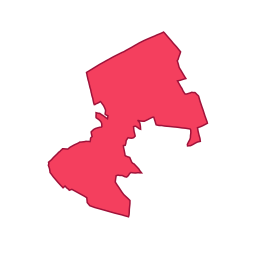 outline of Al-Nasiriya, Dhi-Qar, Iraq, rotated 141°
{"feature_id": "34846034B33180945258667", "entity_name": "Al-Nasiriya", "entity_type": "district", "adm_level": 2, "iso_a3": "IRQ", "parent_name": "Iraq", "parent_adm1": "Dhi-Qar", "projection": "equal_earth", "projection_center": [46.263, 31.12], "detail": "fine", "context": "isolated", "style": "filled", "palette": "rose", "viewbox_px": 256, "rotation_deg": 141, "n_neighbors": 0, "source": "geoboundaries", "source_scale": "gbopen_adm2", "svg_char_len": 4082}
<svg xmlns="http://www.w3.org/2000/svg" viewBox="0 0 256 256"><g transform="rotate(141 128 128)"><path d="M216.1,122.4L213.5,122.5L213.2,119.3L212.8,118.2L212.8,116.6L210.2,115.6L204.8,102.4L203.9,99.8L206.6,95.7L206.6,91.7L203.9,87.2L199.4,80.9L191.8,70.1L187.1,63.9L186.4,62.8L184.7,60.4L183.5,58.7L181.9,59.8L179.8,62.0L178.1,64.0L176.0,66.1L174.2,67.9L172.1,70.4L172.4,73.4L172.9,76.7L173.2,79.0L173.1,81.8L172.8,84.9L172.5,87.7L172.3,90.7L171.9,94.0L170.2,95.7L168.7,97.1L167.2,98.4L165.4,97.7L164.4,96.4L162.4,94.8L161.1,92.1L159.9,90.7L157.7,90.8L155.5,91.6L153.8,91.6L152.4,90.1L150.6,88.4L148.4,87.0L146.8,85.5L145.7,84.6L145.7,87.4L145.4,89.2L145.5,91.4L145.6,92.6L145.7,93.7L145.9,96.3L146.6,97.8L146.6,99.2L146.0,101.2L145.2,104.0L146.1,105.5L146.5,105.9L147.0,107.2L147.5,107.7L147.6,108.4L146.7,109.9L145.7,111.8L144.8,113.5L143.8,115.5L142.6,117.3L141.1,116.3L139.4,117.4L137.3,119.4L135.5,120.0L134.0,120.4L133.0,119.1L131.5,117.7L129.7,116.9L127.5,117.2L126.6,119.0L125.5,121.4L124.5,123.1L122.8,125.6L121.5,125.0L120.9,124.6L120.2,122.3L119.7,120.2L119.0,119.1L117.3,121.5L115.7,124.3L115.5,126.3L115.7,128.0L114.1,125.7L112.4,124.1L111.1,123.0L107.9,122.2L104.9,121.6L102.8,121.1L101.7,120.7L101.2,120.1L102.1,117.9L102.9,115.8L103.8,113.7L104.1,112.7L102.3,110.4L100.2,108.7L98.6,106.8L96.7,104.9L95.0,103.3L93.2,101.5L91.5,99.8L90.0,98.4L87.9,96.2L85.9,94.0L83.6,91.8L82.1,90.1L80.8,88.7L80.3,88.0L80.5,87.0L82.2,84.7L84.1,82.9L85.7,81.1L87.2,80.1L89.9,79.0L92.2,77.9L93.0,76.6L90.5,74.9L88.3,74.4L85.2,73.9L82.9,73.4L80.2,72.1L78.6,74.7L77.3,77.8L75.5,81.5L73.8,84.5L70.9,83.4L68.7,82.8L63.3,81.7L62.7,82.9L62.2,84.4L60.6,89.0L58.3,94.9L57.1,98.3L56.5,99.9L55.2,103.4L53.7,106.9L53.1,108.3L53.1,109.2L53.3,110.4L53.5,112.6L53.7,113.5L54.9,114.4L55.5,115.1L56.1,115.7L57.3,116.0L60.0,117.1L61.2,117.6L62.2,118.4L62.2,119.7L61.9,122.2L61.2,124.9L61.0,127.3L60.4,130.6L59.9,133.5L57.6,132.3L53.9,130.9L51.9,130.0L51.7,132.1L50.9,137.6L50.2,142.7L49.7,143.9L48.7,146.0L47.4,149.3L45.9,149.8L44.0,151.1L42.5,152.0L41.3,152.7L39.2,154.1L39.2,156.7L39.2,160.5L39.5,165.3L39.5,168.6L39.7,174.3L39.8,178.7L40.0,180.2L40.7,180.3L43.4,181.0L47.2,182.2L49.0,182.6L53.0,183.8L57.6,185.1L61.0,186.0L62.0,186.2L63.3,186.5L66.1,187.1L68.2,187.4L70.4,187.8L72.5,188.1L74.5,188.4L78.3,189.1L81.0,189.6L83.2,189.9L85.2,190.5L90.6,191.7L94.8,192.6L100.5,193.6L102.6,194.0L105.1,194.4L110.1,195.3L114.7,195.9L125.3,197.3L125.5,197.0L126.1,195.6L126.8,194.5L127.5,193.0L128.1,191.8L128.8,190.4L129.5,188.6L130.3,187.0L131.2,185.1L132.0,183.5L132.7,181.7L133.4,180.3L134.0,179.3L134.7,177.7L135.4,176.4L136.3,174.3L136.7,173.2L137.4,172.0L138.2,170.4L138.9,169.0L139.5,167.4L138.9,167.0L137.9,167.0L136.9,166.7L135.9,166.4L134.4,166.1L132.8,165.9L132.7,164.6L132.9,160.7L133.2,159.4L133.6,157.8L134.2,156.0L135.2,154.9L136.7,153.6L137.1,152.9L136.6,151.5L135.9,150.2L136.4,149.6L138.1,148.1L138.7,149.9L138.9,150.7L139.2,152.0L139.7,153.7L140.3,155.5L140.8,157.2L141.6,157.9L142.7,159.3L143.2,160.0L144.3,158.5L145.3,157.5L146.3,156.1L146.1,155.3L145.7,154.0L145.2,152.0L145.1,150.1L145.5,148.3L146.3,147.1L147.5,145.5L148.2,145.5L149.6,146.4L151.4,147.2L153.3,148.0L155.1,148.4L156.1,148.5L157.1,148.3L158.0,148.3L159.0,148.2L159.4,147.7L160.0,146.6L160.7,145.2L161.3,143.9L161.7,143.9L163.0,143.8L163.5,143.6L164.2,142.9L165.1,142.0L166.0,141.3L166.7,142.0L167.4,142.7L168.1,143.2L169.0,144.1L169.9,144.5L171.1,145.2L172.2,145.9L173.5,146.7L174.3,147.4L175.6,147.5L177.4,147.9L179.2,148.4L180.9,148.8L182.7,149.1L185.0,149.5L186.5,149.5L187.2,149.5L188.1,149.5L188.8,150.2L189.3,150.7L190.0,151.3L190.7,152.0L191.2,152.5L192.0,153.1L193.3,152.8L194.3,152.9L195.8,152.6L197.2,152.8L198.7,152.5L201.1,152.3L204.5,152.0L207.5,151.5L211.2,151.4L211.3,151.4L211.4,150.9L211.6,150.5L211.9,150.3L212.4,149.8L212.9,149.5L213.4,149.1L213.7,148.2L214.0,147.3L214.7,145.6L215.7,143.9L216.0,143.3L216.3,142.9L216.6,142.4L216.6,141.8L216.6,140.8L216.7,139.1L216.8,136.8L216.7,133.5L216.6,129.6L216.3,124.8L216.1,123.0L216.1,122.4Z" fill="#f43f5e" stroke="#9f1239" stroke-width="1.5"/></g></svg>